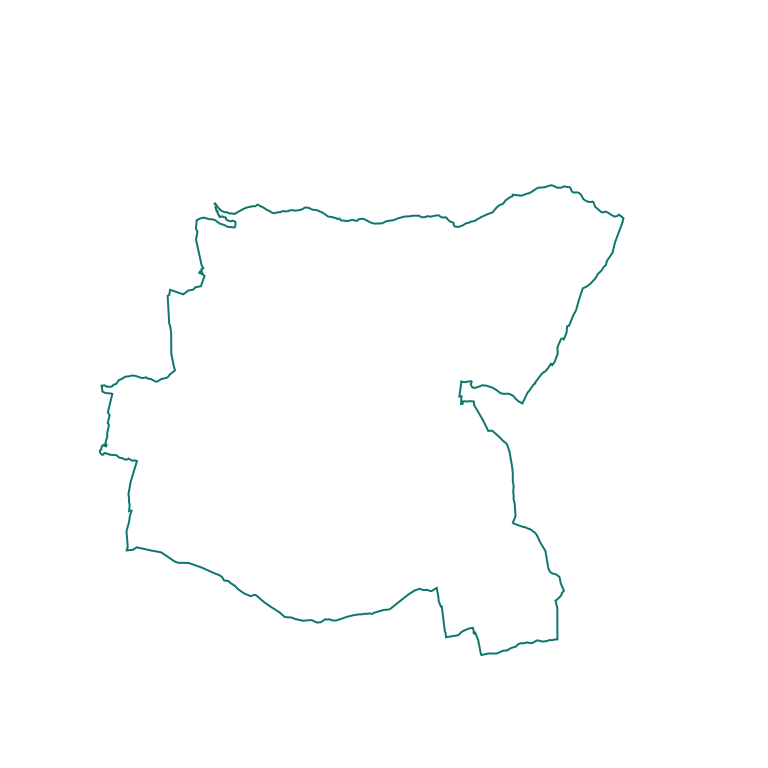 the district of Glavile, Vâlcea, Romania, rotated 293°
{"feature_id": "2599482B20741019236133", "entity_name": "Glavile", "entity_type": "district", "adm_level": 2, "iso_a3": "ROU", "parent_name": "Romania", "parent_adm1": "Vâlcea", "projection": "equal_earth", "projection_center": [24.125, 44.814], "detail": "fine", "context": "isolated", "style": "outline", "palette": "teal", "viewbox_px": 768, "rotation_deg": 293, "n_neighbors": 0, "source": "geoboundaries", "source_scale": "gbopen_adm2", "svg_char_len": 6166}
<svg xmlns="http://www.w3.org/2000/svg" viewBox="0 0 768 768"><g transform="rotate(293 384 384)"><path d="M264.0,630.4L269.7,624.5L273.9,621.7L275.1,620.5L276.0,616.9L275.4,612.3L276.3,609.6L278.7,607.2L293.4,597.8L299.1,589.9L304.6,583.7L306.0,581.4L307.5,575.2L307.2,574.0L307.3,569.2L306.7,567.6L306.3,557.6L306.8,556.7L311.6,556.9L314.5,556.4L324.8,551.1L328.9,548.1L330.8,547.5L335.6,544.9L340.6,543.3L345.2,540.4L351.6,537.7L357.7,534.4L370.8,525.9L375.8,521.5L377.0,520.2L378.0,516.2L380.4,510.6L383.0,502.8L383.1,501.3L381.6,498.3L389.5,489.1L399.7,475.3L403.0,473.5L401.9,470.1L400.2,467.0L399.7,465.1L398.8,463.5L396.4,464.1L395.6,462.8L403.0,460.1L401.9,458.3L416.6,454.2L416.9,457.1L419.9,461.7L420.6,463.3L420.0,464.0L417.8,463.9L417.2,464.4L415.6,466.3L415.4,468.0L416.6,470.2L421.3,475.1L422.5,478.9L423.0,485.3L422.5,489.3L421.1,494.8L421.7,498.1L423.2,501.1L423.9,503.2L423.7,505.7L423.6,507.4L421.7,511.3L420.7,514.3L420.1,519.0L432.5,519.5L433.5,520.1L441.4,521.8L443.5,522.9L443.7,522.4L454.1,525.0L456.9,526.1L458.4,527.5L463.1,528.9L467.8,529.7L467.8,530.5L467.1,531.4L470.7,532.4L479.7,532.1L485.3,529.4L486.4,529.3L494.6,529.4L495.8,530.6L495.9,531.4L495.5,532.0L497.0,532.1L503.0,531.9L508.7,530.0L510.0,531.6L521.5,531.4L527.0,532.0L537.1,530.6L549.7,529.6L552.6,532.3L556.7,534.7L563.8,537.3L568.9,537.9L573.4,539.9L577.4,540.5L580.3,541.8L584.5,541.1L594.1,543.1L604.5,541.3L625.6,540.4L630.2,539.6L631.7,534.2L629.5,532.8L628.2,530.9L628.6,526.3L629.2,523.7L629.3,520.6L628.0,519.2L627.1,517.1L629.6,509.2L633.4,505.5L633.3,504.6L632.4,503.4L631.5,501.0L631.6,497.4L632.2,495.1L634.3,492.7L635.7,490.3L636.0,488.1L635.8,486.8L634.5,484.2L634.4,482.5L635.6,480.7L637.3,479.0L637.7,477.9L636.6,475.0L636.6,473.0L633.9,470.3L632.4,467.0L632.6,462.1L632.4,460.5L629.9,457.1L628.1,455.4L624.7,448.9L616.7,443.5L614.7,440.8L611.1,437.1L608.5,428.5L607.6,428.9L606.8,428.7L605.3,427.1L600.4,424.1L596.4,423.2L593.8,420.4L590.7,418.8L584.3,416.8L580.4,412.6L575.4,408.0L569.4,403.6L567.2,400.3L565.2,398.7L564.2,396.9L560.6,394.4L557.7,391.1L556.8,388.7L556.7,387.3L557.5,386.1L559.4,385.1L559.6,383.8L559.4,381.4L560.3,378.6L561.7,376.0L560.7,374.3L559.9,371.6L560.6,368.3L559.8,366.6L556.1,361.3L555.7,358.8L553.5,356.3L552.2,353.5L552.1,352.6L552.6,350.8L552.5,350.3L550.7,345.8L547.8,341.0L546.4,337.8L542.3,332.6L538.5,328.7L535.0,322.8L531.1,319.4L527.9,312.6L527.4,308.9L528.0,301.5L527.6,299.2L525.6,296.3L523.4,295.2L522.7,290.8L519.5,286.4L518.6,282.6L517.8,280.6L518.1,279.6L518.9,278.5L517.6,276.6L517.9,275.6L517.6,272.4L516.3,267.0L517.4,262.4L517.8,259.0L517.6,257.4L518.0,255.4L516.6,250.3L516.5,248.8L516.8,246.9L516.3,243.9L515.6,242.4L512.4,240.0L510.5,237.5L508.7,234.1L508.2,231.6L507.2,229.6L505.6,228.2L504.3,225.7L503.9,223.9L503.3,222.9L501.6,221.3L500.8,219.6L498.2,216.0L497.9,213.9L498.4,211.7L498.6,207.5L499.5,203.0L499.3,200.5L499.8,198.7L499.6,197.4L497.4,196.1L495.9,193.0L492.8,188.7L489.9,185.9L482.2,180.0L481.9,179.5L481.7,177.4L480.6,175.4L480.7,172.3L479.9,170.2L479.9,167.0L480.9,163.6L484.2,158.0L483.7,157.7L482.4,160.2L480.7,159.8L479.5,161.1L478.1,161.8L477.9,162.2L478.1,162.8L477.5,163.1L477.5,163.5L476.9,163.5L475.1,165.5L475.0,166.2L473.5,167.4L474.1,168.6L475.1,169.2L474.9,171.5L475.5,172.8L475.2,173.6L473.8,174.3L473.5,176.0L473.7,179.0L474.0,179.7L475.2,180.7L475.3,183.6L474.9,184.1L472.5,185.1L469.7,185.3L467.6,178.7L467.9,174.9L467.5,170.0L468.9,163.9L468.7,162.5L467.4,158.4L466.7,153.0L464.5,150.2L461.6,147.6L453.4,150.2L451.5,152.6L450.5,153.0L443.5,154.5L422.1,169.7L419.8,172.4L418.6,171.1L417.3,172.0L415.8,170.8L414.7,170.6L414.9,171.1L414.1,171.1L414.1,173.4L415.1,173.3L413.8,174.9L413.3,176.6L402.4,177.2L399.3,172.5L397.2,172.0L396.1,171.2L393.7,167.4L388.1,164.2L387.1,150.3L382.0,151.5L380.6,150.4L355.9,162.6L353.4,164.8L347.9,168.1L328.7,176.4L318.5,183.4L314.9,186.3L309.1,183.1L305.7,182.3L304.7,181.4L301.5,177.0L297.9,174.6L297.0,172.9L297.5,167.9L296.7,164.5L297.2,162.6L294.9,159.0L294.4,152.4L293.5,148.9L292.0,147.1L289.4,142.7L286.1,140.6L284.0,138.4L279.5,137.5L277.6,135.3L275.7,134.7L274.7,133.6L273.2,129.9L273.6,127.3L273.0,126.5L272.5,125.0L271.8,124.6L271.0,125.5L267.1,127.7L266.8,130.3L267.1,131.9L268.6,136.5L268.7,137.8L250.0,140.9L248.0,143.7L240.2,144.9L239.3,146.4L237.4,147.2L231.2,148.2L226.9,150.0L223.5,150.2L219.9,151.0L219.7,152.3L218.0,152.5L217.9,150.7L219.2,150.5L217.4,148.9L216.1,148.7L213.0,149.2L212.0,148.5L210.6,149.0L209.4,150.1L208.7,152.1L209.3,153.2L211.2,153.6L211.7,155.9L211.8,159.3L213.9,165.5L212.8,168.9L213.4,172.0L213.4,175.5L214.1,177.0L215.6,178.1L215.0,182.2L216.2,184.2L216.5,186.7L195.1,189.0L182.5,191.9L179.4,193.9L175.7,195.4L173.6,197.0L167.5,199.0L168.2,199.6L168.7,201.2L163.7,201.5L157.6,203.2L147.8,204.5L134.1,211.7L130.3,212.2L133.3,217.7L137.0,220.2L139.8,235.0L142.0,244.7L138.8,260.6L139.0,264.3L142.6,273.4L143.0,274.9L143.8,288.1L143.5,301.3L143.7,307.3L143.1,310.2L140.7,313.6L141.9,317.9L141.0,319.7L139.7,326.5L138.2,329.4L136.6,336.8L136.6,344.1L139.2,347.1L139.6,348.8L136.4,358.6L134.8,366.1L133.0,377.0L130.7,383.8L132.8,389.8L133.1,391.7L132.9,393.4L134.3,401.6L137.6,407.9L138.4,410.1L138.2,415.5L139.9,418.8L144.4,421.8L145.0,423.8L146.2,425.9L146.1,428.6L147.6,432.4L155.7,441.5L159.2,446.2L161.8,450.3L163.6,454.2L164.6,455.2L165.6,457.8L167.2,460.4L167.6,462.8L169.5,464.2L175.2,471.1L176.3,472.7L178.2,476.5L179.7,477.8L199.3,488.4L205.6,492.6L209.4,496.7L209.7,500.7L211.3,504.0L211.5,507.3L212.0,508.7L216.9,512.2L209.7,517.0L205.5,519.2L201.3,523.4L201.7,524.2L180.4,536.5L178.7,538.1L175.1,540.0L181.5,550.1L182.6,550.9L185.9,552.2L187.6,553.4L192.5,558.1L194.2,561.2L191.9,562.9L189.7,563.8L189.5,564.7L190.5,564.8L190.8,565.0L190.5,565.4L184.9,570.9L174.0,578.2L172.7,579.3L172.7,579.8L176.8,585.5L179.8,592.9L185.2,598.1L186.6,601.2L190.1,603.7L192.2,605.9L193.4,607.7L196.9,609.3L198.8,611.0L199.4,613.0L202.0,616.8L202.9,620.7L203.6,621.8L207.6,624.9L208.1,625.8L208.8,630.5L210.8,634.1L212.9,636.3L213.8,638.7L215.7,641.3L216.7,643.4L245.6,631.0L251.7,626.4L253.2,627.6L257.3,629.3L260.3,629.7L261.1,629.4L264.0,630.4Z" fill="none" stroke="#0f766e" stroke-width="2"/></g></svg>